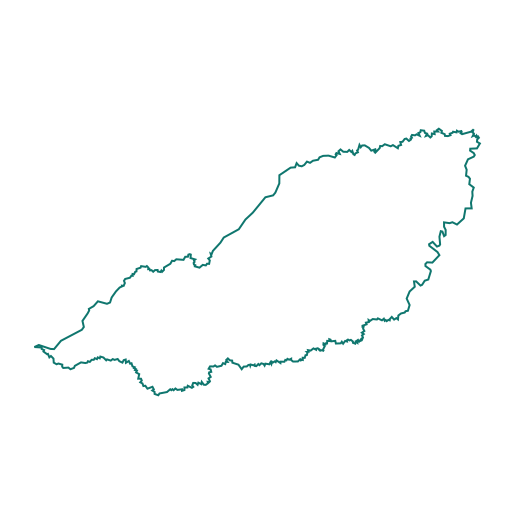 outline of Moei Wadi, Roi Et, Thailand, rotated 186°
{"feature_id": "78962969B61419736796761", "entity_name": "Moei Wadi", "entity_type": "district", "adm_level": 2, "iso_a3": "THA", "parent_name": "Thailand", "parent_adm1": "Roi Et", "projection": "mercator", "projection_center": [104.111, 16.372], "detail": "fine", "context": "isolated", "style": "outline", "palette": "teal", "viewbox_px": 512, "rotation_deg": 186, "n_neighbors": 0, "source": "geoboundaries", "source_scale": "gbopen_adm2", "svg_char_len": 6069}
<svg xmlns="http://www.w3.org/2000/svg" viewBox="0 0 512 512"><g transform="rotate(186 256 256)"><path d="M99.2,217.4L98.1,223.3L101.7,229.4L99.5,236.8L94.9,242.0L96.2,247.2L94.1,247.5L89.3,243.8L87.8,244.7L85.6,249.1L82.2,250.6L80.5,259.3L81.2,260.7L86.4,263.7L86.7,265.7L85.2,267.6L79.9,267.9L73.7,276.0L75.9,278.9L84.7,284.3L85.1,285.8L81.8,288.5L77.0,284.3L74.7,285.5L74.1,286.8L75.6,294.4L74.8,300.0L73.2,299.8L71.0,295.4L69.6,296.7L70.1,301.8L72.0,304.7L72.5,309.1L66.9,308.9L64.2,310.1L59.4,308.3L53.3,315.1L52.6,325.2L46.5,325.9L47.8,331.4L46.9,338.4L47.6,342.6L46.6,346.8L51.4,349.7L51.3,355.2L52.9,356.9L55.5,357.8L55.5,363.8L57.5,367.6L55.3,374.3L49.8,377.6L49.0,379.3L50.2,381.1L54.1,383.2L54.1,385.1L47.5,386.1L45.1,391.3L48.2,392.7L48.2,395.0L46.7,396.9L47.7,398.1L48.5,397.2L49.3,398.7L49.9,397.5L51.5,398.8L53.0,397.9L52.1,400.5L53.6,401.6L52.8,404.7L55.2,402.1L63.8,398.7L65.3,399.5L64.4,400.9L64.9,401.7L67.5,400.8L69.3,401.6L69.5,399.9L73.0,400.2L73.4,399.1L76.0,397.9L75.2,396.5L77.7,395.3L80.6,395.2L81.1,396.9L84.5,397.9L84.2,399.8L87.5,401.7L89.2,400.1L87.9,398.8L91.7,398.4L91.1,395.9L93.9,396.2L93.8,393.4L95.0,392.1L97.6,394.1L99.6,393.1L98.7,395.6L100.9,396.1L101.8,398.2L105.3,398.3L105.5,396.3L107.3,395.3L105.8,392.7L109.0,393.8L110.5,392.6L113.5,392.7L114.2,391.1L113.3,389.9L114.6,389.0L114.1,388.0L115.9,386.4L118.8,388.5L120.4,387.9L122.2,384.9L124.4,384.4L123.3,381.6L125.9,380.5L126.2,378.0L131.4,380.6L133.5,379.2L139.6,380.6L142.0,378.4L144.0,378.4L144.3,376.2L148.2,371.2L149.2,372.1L148.1,373.5L148.5,374.6L152.4,372.8L154.9,375.3L159.4,377.4L162.0,377.0L163.2,375.1L164.7,377.3L165.6,372.3L166.5,371.5L165.5,369.8L167.8,368.5L168.5,366.8L169.8,367.4L171.2,370.6L172.0,369.4L174.4,371.2L176.1,369.1L180.1,368.8L183.1,370.8L184.9,368.8L183.4,366.3L186.8,366.8L187.4,365.5L186.4,364.7L187.9,362.2L194.3,363.4L199.7,362.6L203.1,360.8L204.3,358.2L209.3,356.7L212.0,354.3L215.2,355.2L217.5,351.6L219.9,350.0L222.8,350.3L225.3,352.6L226.4,348.3L230.8,347.5L241.2,338.8L240.4,330.6L243.4,321.0L245.3,318.1L252.8,315.4L263.7,298.8L270.3,291.2L275.9,280.8L290.0,271.0L292.8,265.5L299.4,256.6L300.4,253.0L301.3,253.5L300.3,250.8L303.2,248.5L301.5,246.8L301.8,243.3L303.9,243.2L304.9,241.4L308.0,241.6L311.0,238.5L315.7,239.3L315.4,240.5L316.8,241.0L317.3,242.6L316.5,243.7L317.2,245.0L316.1,246.2L320.9,247.1L321.0,250.6L322.1,250.9L323.4,250.3L323.6,248.2L326.3,247.8L327.7,244.6L334.9,244.4L336.8,242.4L339.0,242.5L340.4,239.3L346.3,234.9L346.1,232.5L347.7,230.5L348.6,231.6L349.3,230.1L352.0,230.3L352.4,231.8L355.0,231.4L356.6,229.6L358.4,231.0L359.9,230.6L360.6,232.0L361.8,231.7L361.8,233.2L363.5,234.6L364.5,233.7L369.2,233.9L369.6,232.3L373.4,230.6L373.3,228.2L374.5,227.6L375.4,225.1L376.8,225.2L376.6,223.4L377.8,223.5L379.1,221.2L383.7,219.5L384.7,217.5L383.6,215.4L384.5,212.5L386.2,212.5L386.0,211.8L388.3,210.4L391.6,206.1L395.2,199.7L396.3,194.5L399.2,192.9L408.5,194.4L412.2,189.2L416.7,185.9L416.2,184.4L417.4,181.4L421.8,173.3L419.8,167.4L421.5,164.4L441.1,151.3L447.1,142.3L450.6,142.1L462.7,144.8L466.9,142.3L459.6,142.6L459.4,141.1L456.9,140.3L457.4,138.8L453.5,136.5L452.7,136.9L450.9,133.6L449.5,135.1L446.7,132.8L446.0,128.8L443.0,127.5L441.3,128.4L437.3,127.7L437.2,125.7L436.0,124.5L430.9,125.4L428.7,124.0L425.3,125.7L424.7,127.8L418.9,131.9L414.5,131.7L412.6,132.4L412.1,133.8L410.2,133.3L408.6,135.6L406.5,135.8L405.6,137.5L403.4,136.8L402.8,138.6L400.7,137.9L400.3,139.7L397.1,139.1L394.1,136.6L393.4,137.6L389.5,136.8L387.7,138.5L385.8,137.9L382.8,139.1L380.9,137.1L377.7,136.0L376.7,138.6L374.8,139.4L374.2,136.2L371.5,138.3L369.9,135.7L368.6,136.3L367.3,133.3L365.0,132.7L365.6,131.7L363.7,131.0L364.3,129.9L362.4,129.6L363.1,127.7L359.8,126.3L360.3,121.7L357.5,121.9L356.6,120.2L357.9,118.3L355.6,117.4L354.4,114.9L352.5,115.4L350.1,112.7L345.3,115.1L343.7,112.7L345.1,111.4L342.7,110.3L342.4,108.2L338.6,107.3L337.6,109.2L330.3,111.4L327.4,114.5L326.2,113.7L325.2,114.8L323.9,113.9L322.3,115.8L320.2,114.6L315.7,115.7L315.5,114.2L313.2,115.2L313.4,117.8L310.5,118.1L310.3,119.8L306.0,118.2L304.7,119.3L305.9,120.6L305.2,123.2L302.8,123.4L300.6,121.8L300.1,124.0L297.0,122.8L296.8,125.1L294.4,122.5L292.5,122.6L290.5,124.4L290.9,125.8L289.3,125.6L288.7,126.6L290.4,129.3L288.4,131.0L290.6,134.3L290.4,135.4L288.4,136.1L289.3,138.5L291.3,138.9L290.2,141.4L286.7,141.7L285.3,142.9L283.3,141.7L278.9,143.2L277.6,146.0L275.3,145.3L275.0,147.6L273.2,147.7L274.7,149.5L273.3,151.2L271.1,149.5L268.8,149.5L268.3,147.4L262.1,146.1L258.4,141.9L256.7,144.7L253.6,145.2L252.2,146.8L250.6,147.3L250.2,146.3L249.9,147.5L247.0,147.0L246.0,147.9L245.5,146.5L244.2,146.5L242.4,148.8L241.2,147.8L239.5,149.8L237.2,149.4L236.0,147.9L235.4,149.9L231.4,149.7L230.5,151.9L229.4,150.2L229.1,152.5L228.1,151.8L226.3,153.2L225.3,152.5L224.7,154.3L220.5,152.1L220.5,153.5L216.7,153.8L216.0,155.7L214.8,155.4L214.0,157.0L212.2,156.3L210.3,157.5L210.2,156.2L208.1,154.9L203.3,155.5L201.4,157.8L200.1,156.2L200.5,157.8L198.6,157.5L198.9,159.7L196.9,159.8L196.4,162.5L195.1,162.8L194.7,165.4L195.4,165.9L193.7,166.3L194.4,167.8L191.8,167.6L189.2,170.1L186.6,169.1L186.8,170.0L184.9,170.7L183.6,169.5L182.6,170.3L183.1,169.1L182.3,168.5L180.7,169.2L178.4,168.6L179.7,169.5L178.2,173.5L179.7,174.7L179.7,176.2L177.5,175.5L177.3,176.5L176.2,176.5L176.3,179.0L174.1,179.1L174.4,180.9L173.2,180.6L172.2,179.0L168.3,179.9L167.4,177.3L162.6,178.0L161.7,179.7L160.2,177.9L158.5,180.8L156.6,180.5L156.9,181.6L155.8,182.5L154.3,181.8L152.9,182.5L150.7,181.1L150.5,179.8L148.2,179.2L148.0,181.1L146.4,180.3L147.0,182.1L145.8,183.2L144.6,181.5L143.1,183.8L142.9,182.7L142.0,183.2L141.1,186.2L142.3,188.1L140.7,189.6L142.7,190.8L140.4,192.7L141.9,195.0L141.6,197.0L142.7,196.8L142.8,197.8L138.9,199.6L139.7,201.2L136.9,202.1L137.3,204.1L135.9,203.3L133.3,205.5L129.1,205.5L128.3,206.7L124.0,205.2L122.3,207.0L121.2,205.0L120.3,205.9L119.2,204.9L117.7,206.3L116.3,206.0L116.3,207.3L114.6,209.6L112.0,207.2L109.9,208.9L108.2,207.8L108.2,211.7L105.8,214.0L102.2,215.3L101.5,216.7L99.2,217.4Z" fill="none" stroke="#0f766e" stroke-width="2"/></g></svg>